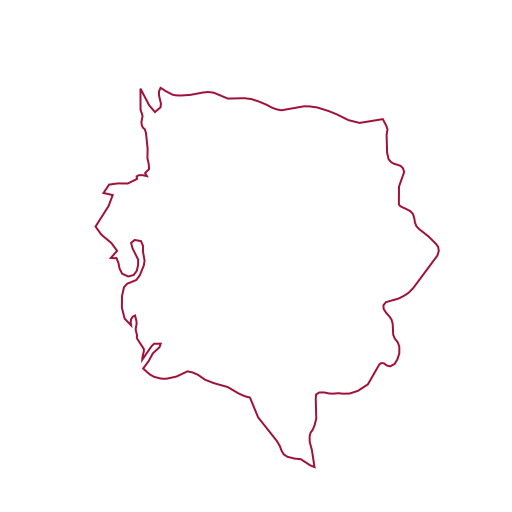 outline of Okayama, rotated 112°
{"feature_id": "JPN-1822", "entity_name": "Okayama", "entity_type": "Prefecture", "adm_level": 1, "iso_a3": "JPN", "parent_name": "Japan", "parent_adm1": "", "projection": "orthographic", "projection_center": [133.872, 34.876], "detail": "fine", "context": "isolated", "style": "outline", "palette": "rose", "viewbox_px": 512, "rotation_deg": 112, "n_neighbors": 0, "source": "natural_earth", "source_scale": "10m", "svg_char_len": 2681}
<svg xmlns="http://www.w3.org/2000/svg" viewBox="0 0 512 512"><g transform="rotate(112 256 256)"><path d="M402.6,318.5L393.9,316.2L385.0,315.2L376.7,311.3L373.0,311.5L375.5,317.6L378.6,319.0L394.7,322.6L392.3,323.4L386.3,324.3L384.2,325.2L377.9,334.2L376.6,335.8L374.1,336.6L369.2,340.1L363.6,341.3L361.3,342.4L356.5,345.8L358.6,347.6L361.2,348.1L364.1,347.5L367.1,345.8L363.3,354.3L354.3,360.9L343.5,365.2L334.4,366.7L330.0,365.1L323.1,358.0L317.4,356.5L306.7,356.5L302.0,357.6L294.2,362.5L288.9,364.6L285.3,368.2L286.6,374.5L290.7,376.7L295.3,373.2L303.5,363.9L308.7,361.9L314.4,361.0L319.5,362.3L322.8,366.7L322.6,373.4L318.9,377.7L313.9,381.0L310.1,384.7L310.9,386.0L311.2,386.7L312.2,389.9L303.3,386.7L298.1,395.0L294.2,407.3L288.8,415.8L264.8,411.4L253.2,411.7L254.7,421.0L244.8,418.9L240.4,411.2L236.8,402.0L229.1,395.2L226.9,396.5L224.9,394.8L223.5,391.3L222.8,387.1L220.6,389.9L215.5,387.7L210.9,389.9L206.0,393.3L197.1,396.7L183.3,404.0L180.2,406.5L179.3,409.1L177.2,411.1L174.8,412.4L169.1,413.5L166.8,415.0L165.2,416.6L163.3,418.0L144.1,425.8L156.3,411.5L160.4,403.6L153.8,400.2L150.4,401.2L143.7,405.9L140.0,407.6L135.8,407.5L135.8,407.4L136.9,401.8L137.7,393.9L137.1,390.6L135.4,385.9L131.2,377.2L124.4,366.6L122.0,362.1L120.4,356.4L120.6,341.1L114.0,325.8L112.2,318.9L111.7,310.9L111.8,303.0L112.5,296.6L112.3,291.7L111.3,286.9L99.3,267.7L97.2,262.3L95.4,255.2L94.4,243.2L94.4,233.9L95.4,221.2L93.8,209.8L81.6,189.7L86.4,184.0L89.4,181.5L94.8,180.3L111.2,173.1L116.7,169.2L118.4,165.7L118.8,162.2L118.4,159.0L118.3,155.6L119.7,152.4L122.8,150.1L138.1,149.4L153.3,143.4L154.9,142.5L155.7,141.0L156.0,138.5L156.1,134.9L156.6,129.6L158.4,126.0L162.0,123.2L165.4,121.2L168.2,118.5L169.9,115.0L173.3,103.2L177.2,94.0L179.2,90.6L182.9,88.4L187.7,88.0L226.8,98.2L233.1,100.8L237.5,103.9L241.9,107.7L250.1,118.2L253.9,119.4L257.2,117.9L260.1,113.8L261.9,110.0L264.1,106.6L267.6,103.9L277.6,99.3L280.6,96.3L282.9,92.3L286.3,89.2L292.8,86.6L299.1,86.2L304.1,87.0L308.0,90.2L308.5,92.7L308.4,94.4L307.6,97.0L308.0,98.8L308.6,99.9L310.2,101.0L333.1,104.2L343.0,111.1L348.6,117.9L351.1,123.9L352.4,128.3L354.9,133.3L356.1,136.8L356.9,141.4L358.8,146.2L361.9,148.4L366.3,147.0L384.2,139.2L390.8,138.3L395.6,138.3L399.2,139.2L402.9,138.8L408.2,136.6L415.1,131.4L429.8,122.7L429.8,127.3L427.6,138.4L429.4,144.4L430.4,151.7L429.5,156.0L426.9,159.4L423.3,162.7L419.8,167.2L404.8,193.6L390.0,208.1L389.5,208.7L389.5,209.0L390.0,211.5L390.2,215.9L389.9,221.4L388.1,233.0L389.7,247.8L389.8,256.9L387.9,265.2L387.7,270.9L388.6,276.3L397.5,284.5L403.0,292.5L404.4,295.5L405.4,298.9L406.2,305.3L405.6,310.0L402.7,318.4L402.6,318.5Z" fill="none" stroke="#9f1239" stroke-width="2"/></g></svg>